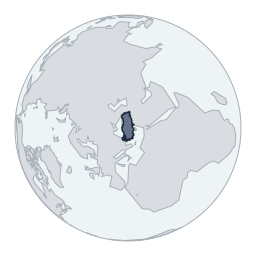 the Earth from above Turkey, rotated 266°
{"feature_id": "TUR", "entity_name": "Turkey", "entity_type": "country or territory", "adm_level": 0, "iso_a3": "TUR", "parent_name": "Asia", "parent_adm1": "", "projection": "orthographic", "projection_center": [34.29, 38.962], "detail": "fine", "context": "on_globe", "style": "filled", "palette": "slate", "viewbox_px": 256, "rotation_deg": 266, "n_neighbors": 0, "source": "natural_earth", "source_scale": "50m", "svg_char_len": 14436}
<svg xmlns="http://www.w3.org/2000/svg" viewBox="0 0 256 256"><g transform="rotate(266 128 128)"><circle cx="128" cy="128" r="113" fill="#eef3f6" stroke="#a8b0b8"/><path d="M99.1,19.1L99.3,19.1L103.4,18.1L105.7,17.6L116.0,17.0L129.3,17.0L134.0,16.7L132.6,17.3L141.9,16.8L149.4,17.8L140.6,16.9L139.4,17.1L144.4,17.8L144.3,18.2L146.6,18.9L146.1,19.4L140.9,19.2L140.5,19.6L144.0,20.1L145.7,21.2L140.5,20.3L142.9,22.2L134.8,22.8L121.5,21.1L116.6,22.9L102.0,25.3L103.0,26.0L98.1,27.7L97.4,29.2L94.9,29.5L96.5,30.4L98.9,29.9L100.5,30.2L100.3,31.1L97.0,31.6L96.7,31.2L95.6,31.8L94.1,31.7L94.7,32.2L90.8,32.9L94.4,33.6L91.0,35.3L88.5,35.4L89.2,33.5L85.1,30.0L82.8,30.0L78.9,31.5L70.4,38.0L67.7,39.0L63.6,41.5L64.9,41.7L68.5,39.8L69.9,41.0L74.2,38.9L75.4,39.2L79.6,37.9L78.5,40.2L75.1,43.1L71.5,44.4L69.9,45.8L72.9,46.5L65.9,50.9L60.6,57.8L58.9,58.9L56.2,57.3L57.2,52.3L53.7,51.3L55.4,54.2L51.0,57.3L50.1,58.9L50.0,60.1L51.5,59.9L49.8,61.6L47.5,59.1L48.9,57.5L49.7,58.2L50.1,56.0L48.5,54.8L46.4,56.8L46.2,53.8L44.7,55.2L43.8,55.5L46.3,53.3L41.9,57.4L41.4,56.2L37.6,60.9L42.8,54.3L48.6,48.1L54.7,42.4L61.3,37.2L68.3,32.5L75.6,28.3L83.2,24.7L91.0,21.6L99.1,19.1ZM18.6,101.2L18.0,104.2L17.8,104.8L16.0,117.1L16.0,127.0L16.0,132.4L15.8,133.8L16.2,137.1L16.3,138.7L19.7,151.6L23.0,161.0L23.8,166.3L23.1,168.0L25.1,173.9L22.1,166.3L19.5,158.4L17.6,150.4L16.3,142.2L15.5,134.0L15.4,125.7L15.9,117.5L16.9,109.3L18.6,101.2ZM34.7,65.0L35.6,63.5L34.9,64.6L34.7,65.0ZM103.8,18.0L106.8,17.4L103.4,18.1L100.7,18.7L103.8,18.0ZM113.7,16.5L112.1,16.7L110.7,16.8L112.0,16.6L113.7,16.5ZM137.4,16.5L134.8,16.3L137.4,16.4L137.4,16.5ZM147.1,18.9L147.9,18.9L148.7,19.3L147.1,18.9ZM80.0,36.8L79.8,37.3L79.1,37.3L80.0,36.8ZM82.0,35.8L81.3,35.4L82.1,34.8L82.5,35.1L82.0,35.8ZM148.7,20.5L149.8,21.3L147.8,20.5L148.7,20.5ZM82.6,36.5L83.7,34.0L85.2,33.1L88.0,33.5L82.6,36.5ZM149.9,21.7L152.8,23.9L154.8,23.9L150.8,25.2L149.7,22.8L146.8,21.7L149.1,22.1L149.9,21.7ZM99.8,29.4L97.2,30.0L99.5,28.7L99.8,29.4ZM100.9,28.5L105.9,24.6L109.7,24.4L107.2,25.6L112.2,24.8L111.6,26.6L108.7,27.4L106.4,27.2L107.9,28.1L100.9,28.5ZM148.1,25.8L148.0,26.4L147.1,25.7L148.1,25.8ZM101.3,30.2L101.9,29.4L105.2,29.1L104.5,30.7L103.6,30.3L101.3,30.2ZM113.8,23.8L116.1,24.0L116.3,25.5L117.2,25.8L111.9,26.6L113.8,23.8ZM102.8,30.8L104.0,31.6L102.3,32.6L100.8,31.1L102.8,30.8ZM106.4,28.3L107.9,28.3L106.8,28.9L106.4,28.3ZM96.9,37.0L97.6,35.8L99.4,35.5L96.9,37.0ZM104.6,31.9L105.1,31.5L105.9,31.3L106.3,32.1L104.6,31.9ZM112.3,27.7L111.9,28.3L114.5,27.4L114.7,28.5L111.1,29.0L112.8,29.3L112.8,29.7L109.8,29.6L112.3,27.7ZM109.1,32.3L104.7,33.5L102.9,35.6L101.3,35.9L104.4,32.4L109.1,32.3ZM109.8,30.7L109.0,31.7L107.4,31.4L106.9,30.6L109.8,30.7ZM116.1,29.3L116.7,27.3L117.5,27.3L116.1,29.3ZM108.9,32.9L110.0,32.6L109.0,33.1L108.9,32.9ZM114.3,30.4L114.4,29.7L115.3,29.7L114.3,30.4ZM112.1,32.8L110.6,33.1L110.3,32.5L112.1,32.8ZM113.3,31.7L114.5,31.9L111.0,32.1L113.3,31.4L113.3,31.7ZM115.1,30.5L115.6,30.3L114.9,30.8L115.1,30.5ZM114.3,35.0L110.0,35.4L109.2,33.9L113.5,33.8L114.3,35.0ZM47.6,166.4L42.3,148.0L45.5,143.7L46.5,136.5L69.0,120.7L73.3,124.1L90.5,126.0L92.5,127.5L90.0,133.1L102.5,142.9L107.1,138.5L118.9,143.6L127.1,143.7L131.0,132.5L117.5,132.1L115.7,126.5L126.9,122.0L138.7,122.5L138.3,120.4L131.3,115.6L134.4,111.6L128.9,113.7L130.8,115.9L127.4,117.4L125.5,115.5L126.6,114.0L123.2,113.0L118.4,120.5L119.9,123.6L110.6,124.3L112.1,129.7L109.5,131.8L105.9,123.7L106.6,120.8L99.6,111.4L98.1,114.3L104.5,123.6L102.3,122.6L100.3,127.1L100.1,122.9L93.5,112.5L85.4,112.4L74.3,121.4L69.8,120.7L66.3,116.8L71.1,105.7L80.8,108.5L82.6,105.0L81.3,98.6L84.4,100.2L85.0,98.0L88.7,98.9L94.6,95.0L98.5,95.4L101.4,89.1L103.8,88.6L101.4,92.3L101.8,95.3L111.4,96.6L113.5,95.5L114.7,91.4L117.2,92.5L117.0,88.4L122.9,87.4L115.6,85.4L116.8,81.0L120.7,78.0L119.7,76.3L113.4,81.2L112.1,83.6L113.0,86.1L108.2,92.8L104.7,93.4L104.8,85.4L99.9,85.7L102.1,79.7L117.9,69.4L124.1,67.8L133.1,74.1L131.3,76.7L127.1,75.7L130.4,80.6L130.4,78.3L132.5,79.3L134.1,75.7L135.7,76.3L134.6,72.0L136.6,72.3L137.3,75.0L141.5,70.4L146.0,70.3L146.2,69.0L145.2,67.7L151.6,68.6L151.5,67.6L149.3,66.9L147.6,64.6L147.2,61.0L149.4,61.5L149.9,62.9L154.3,66.7L155.2,70.5L156.1,70.4L155.8,67.2L150.5,62.5L149.5,60.2L152.4,62.1L151.3,61.2L151.5,60.3L153.9,59.9L150.9,57.8L150.6,47.6L155.1,46.1L157.7,48.7L159.8,43.1L164.8,42.5L162.8,41.7L162.4,38.9L160.9,39.0L159.9,38.5L158.4,32.0L159.7,31.1L156.8,28.1L155.8,27.8L154.6,28.3L150.8,25.2L154.8,23.9L157.0,24.6L158.1,23.5L162.8,25.4L167.2,26.7L171.8,29.8L174.9,30.7L175.0,30.2L179.2,31.4L187.8,36.0L180.6,34.4L167.7,29.2L172.9,31.3L171.6,31.6L173.5,32.9L177.2,34.5L177.6,34.2L183.1,41.7L191.9,48.8L191.5,45.8L193.9,46.0L203.5,52.9L214.5,68.9L217.8,70.4L219.9,72.8L220.9,76.3L218.0,72.9L216.6,73.5L214.8,71.2L215.5,76.1L213.0,73.1L214.8,78.6L217.0,80.0L217.4,76.6L220.0,83.1L223.8,84.5L227.1,89.4L230.7,103.6L230.0,111.4L230.5,113.4L228.7,113.5L228.6,119.5L233.9,125.4L234.5,128.3L233.2,137.9L232.8,135.9L227.9,135.9L228.7,143.6L232.4,145.2L233.8,150.3L231.6,151.3L230.1,147.0L228.3,146.8L227.6,140.5L223.9,133.4L221.7,137.9L220.7,134.2L215.2,129.6L211.4,135.9L206.0,151.3L207.1,161.0L204.4,167.0L196.5,156.6L193.1,147.8L190.1,150.2L182.0,144.6L167.8,148.6L165.9,146.4L163.2,148.4L157.5,146.9L154.6,142.9L151.1,143.9L158.9,154.0L162.7,153.1L165.9,147.9L167.4,151.7L172.9,153.9L166.5,165.2L145.6,177.1L143.7,169.8L128.6,149.3L129.1,146.8L129.1,146.5L128.9,146.0L127.4,150.1L124.8,145.8L132.7,160.8L133.9,167.1L145.3,177.5L144.2,178.8L147.9,180.7L159.9,176.1L159.9,178.5L154.1,190.3L137.6,205.5L139.9,213.5L138.9,220.0L128.9,224.3L130.1,228.4L125.0,229.8L124.8,231.9L120.9,233.8L114.2,235.0L102.4,233.5L101.5,231.9L95.2,227.5L86.4,215.7L89.1,211.1L88.0,206.4L79.5,193.6L81.4,187.7L79.2,184.3L74.6,183.6L72.1,179.4L69.3,178.4L52.5,173.6L47.6,166.4ZM60.8,131.2L60.0,133.2L60.0,133.3L60.8,131.2ZM151.0,128.8L158.1,128.2L155.2,121.4L157.7,120.7L155.8,118.8L155.0,121.0L150.3,115.6L153.5,113.0L152.8,110.0L150.3,110.1L145.2,115.7L151.8,123.3L150.1,126.5L151.0,128.8ZM17.9,104.4L17.6,106.3L17.8,105.1L17.9,104.4ZM23.3,86.9L22.6,89.1L23.0,87.6L23.3,86.9ZM26.6,79.0L23.8,85.4L24.4,83.7L26.6,79.0ZM34.1,65.8L34.3,65.5L35.0,64.5L34.1,65.8ZM51.2,57.4L51.3,57.7L50.9,59.2L50.3,58.9L51.2,57.4ZM53.4,64.0L50.8,66.5L52.3,64.4L51.0,64.3L52.6,59.9L58.1,59.2L55.3,60.2L53.4,64.0ZM56.3,54.2L54.7,56.9L56.3,54.0L56.3,54.2ZM85.0,86.3L86.1,88.1L84.3,90.3L79.4,90.5L81.9,87.3L85.0,86.3ZM87.9,90.3L89.4,82.7L92.5,82.5L90.5,83.9L92.4,84.5L89.7,86.9L91.2,94.4L89.8,96.9L81.6,95.5L85.0,94.5L83.8,92.6L87.9,90.3ZM87.6,66.1L88.3,63.5L94.1,66.3L92.8,68.5L87.9,68.7L86.5,66.2L87.6,66.1ZM87.3,38.0L87.2,37.3L88.1,37.1L88.9,37.6L87.3,38.0ZM97.1,36.4L88.7,41.2L88.2,40.6L84.0,44.5L80.9,44.3L83.7,41.7L78.2,44.8L79.5,42.4L75.9,44.7L82.5,38.9L83.4,37.1L83.6,39.1L86.4,39.2L87.9,38.8L92.9,36.1L96.3,32.6L99.7,32.4L101.1,33.2L100.8,34.0L98.7,33.8L99.8,35.0L96.6,35.4L97.1,36.4ZM116.3,46.2L114.0,45.1L115.6,48.8L112.4,48.7L112.8,49.2L110.2,50.2L107.8,52.3L106.4,52.0L106.1,53.0L104.4,53.8L103.4,55.0L100.6,54.9L99.2,56.5L98.7,55.6L97.1,58.5L97.0,56.3L94.8,57.3L96.0,58.9L83.0,56.4L77.6,57.4L73.1,59.6L73.6,56.0L78.1,51.8L84.4,48.1L89.5,47.8L88.8,46.3L91.0,45.8L90.6,47.2L92.5,44.8L94.3,44.8L99.9,42.3L101.5,39.2L103.6,38.4L103.8,39.6L105.8,37.9L107.6,39.6L109.1,39.1L112.4,40.5L112.0,43.3L113.7,42.6L116.3,43.7L116.3,46.2ZM115.1,35.4L115.3,38.6L113.6,40.2L108.5,37.2L106.9,37.4L103.6,35.8L106.1,33.6L106.8,34.3L108.1,34.4L106.8,35.0L108.8,34.6L109.9,35.5L111.7,35.5L111.2,36.5L115.1,35.4ZM95.2,125.7L96.9,126.3L99.5,126.5L98.3,129.4L95.2,125.7ZM90.5,118.6L92.1,118.6L91.6,122.6L89.9,122.1L90.5,118.6ZM93.3,115.2L92.2,118.2L91.8,116.3L93.3,115.2ZM102.9,92.1L104.6,91.9L104.6,92.9L103.5,94.2L102.9,92.1ZM120.4,58.2L119.4,57.0L120.0,56.6L119.8,53.5L122.2,53.4L123.2,55.3L120.4,58.2ZM128.5,134.5L125.9,136.6L124.7,135.5L125.8,135.0L128.5,134.5ZM111.2,133.4L115.0,135.2L110.8,134.2L111.2,133.4ZM123.0,57.6L122.7,56.3L124.1,57.1L123.0,57.6ZM124.0,53.2L125.7,53.9L122.5,53.1L124.0,53.2ZM158.3,216.6L150.6,227.6L145.3,228.3L144.3,225.7L147.1,219.4L153.3,216.7L156.3,213.2L158.3,216.6ZM238.3,150.7L238.3,150.9L238.5,149.7L238.6,149.4L238.3,150.7ZM238.2,151.2L235.3,159.2L233.8,161.3L234.4,159.0L236.8,154.3L238.2,151.2ZM234.3,159.3L231.6,159.8L226.1,153.8L228.1,151.8L233.5,152.6L233.3,154.3L234.9,154.7L234.3,159.3ZM239.6,139.8L239.2,144.1L237.9,148.3L237.1,149.7L236.6,146.1L236.9,142.8L237.6,141.2L238.9,126.2L239.7,126.0L239.6,131.6L240.1,133.2L239.6,139.8ZM207.6,161.7L210.3,165.8L208.7,167.8L207.6,161.7ZM238.4,117.5L238.6,123.9L238.0,116.5L238.4,117.5ZM237.4,111.4L237.9,113.1L237.3,112.4L237.4,111.4ZM231.6,116.1L230.9,118.3L230.3,117.0L230.9,113.5L231.6,116.1ZM229.7,93.7L231.7,97.6L232.3,99.3L231.0,97.7L229.7,93.7ZM142.9,56.9L140.5,61.2L140.3,64.5L142.7,66.8L138.3,65.6L138.6,60.4L142.9,56.9ZM149.4,48.6L147.3,46.9L148.9,46.6L149.6,47.0L149.4,48.6ZM147.6,48.3L143.8,48.1L143.1,46.6L146.2,46.9L147.6,48.3ZM133.4,52.5L132.5,53.7L131.4,53.0L133.4,52.5ZM240.3,136.9L240.3,136.1L240.1,139.4L239.8,141.8L239.7,142.3L240.0,139.1L240.3,133.3L240.4,130.2L240.6,124.7L240.3,132.7L240.4,134.3L240.6,130.1L240.4,134.3L240.4,135.0L240.3,136.9ZM240.1,118.1L239.6,116.9L239.7,119.9L239.0,111.8L239.7,114.3L240.1,118.1ZM238.8,112.7L239.0,115.5L238.5,111.2L238.8,112.7ZM238.7,114.9L238.1,112.9L238.3,111.8L238.7,114.9ZM238.9,112.0L237.9,107.9L238.5,109.4L238.9,112.0ZM236.6,108.5L238.0,109.2L237.1,111.4L234.6,104.4L234.8,102.6L236.6,108.5ZM221.7,71.6L220.3,70.1L219.7,68.3L220.8,69.8L221.7,71.6ZM216.6,61.7L219.1,67.4L220.9,72.3L221.5,72.2L223.9,76.1L221.8,74.6L218.8,68.9L217.9,65.7L215.5,62.8L213.4,59.3L210.4,56.6L208.8,54.5L211.2,56.1L216.6,61.7ZM209.1,55.6L203.2,50.4L203.1,48.6L204.4,49.3L207.2,52.4L207.1,53.1L209.1,55.6ZM201.7,48.7L201.5,49.5L192.2,45.1L190.3,43.8L197.3,45.7L197.5,46.6L199.8,48.2L201.7,48.7ZM149.2,26.5L148.1,26.4L148.8,26.1L149.2,26.5ZM159.1,38.6L157.8,37.9L158.7,37.4L159.1,38.6ZM154.9,35.5L154.8,36.6L154.0,35.2L154.9,35.5ZM154.6,39.1L154.3,36.9L156.0,39.3L154.6,39.1Z" fill="#d9dde1" stroke="#a8b0b8" stroke-width="1"/><path d="M138.6,122.6L138.9,122.6L139.0,122.7L139.6,122.5L140.0,122.6L140.1,122.3L140.3,122.3L140.5,122.3L140.6,122.5L140.9,122.7L141.0,122.8L141.1,123.0L141.4,123.0L141.5,123.0L141.6,123.3L141.8,123.4L141.9,123.7L142.0,123.8L142.0,124.0L141.9,124.1L141.8,124.3L141.9,124.5L142.0,124.8L142.0,125.0L142.5,125.1L142.8,125.1L143.0,125.1L143.4,125.3L143.7,125.6L143.8,125.7L143.5,125.5L143.4,125.6L143.3,125.8L143.3,126.2L143.2,126.3L142.9,126.3L142.7,126.4L142.8,126.5L142.9,126.8L143.0,126.8L143.0,127.0L143.1,127.4L143.2,127.7L143.3,127.8L143.3,128.0L143.3,128.3L143.6,128.3L143.5,128.5L143.5,128.8L143.4,129.0L143.3,129.3L143.5,129.3L143.9,129.5L143.9,129.8L144.0,130.1L144.3,130.3L144.3,130.5L144.1,130.6L143.8,130.9L143.6,131.0L143.5,130.9L143.5,130.6L143.4,130.5L143.3,130.4L143.1,130.4L143.0,130.5L142.9,130.6L142.6,130.7L142.4,130.6L142.0,130.5L141.7,130.5L141.4,130.6L141.2,130.5L141.0,130.8L140.8,131.0L140.6,131.1L140.5,130.9L140.4,130.8L140.3,130.7L140.3,130.8L140.1,130.9L139.9,131.1L139.3,131.2L138.9,131.3L138.4,131.3L138.2,131.3L137.7,131.5L137.0,131.9L136.5,132.1L136.0,132.3L135.6,132.3L135.3,132.3L135.0,132.3L134.9,132.2L134.7,132.1L134.3,131.9L134.1,131.9L133.7,132.1L133.4,132.3L133.0,132.5L132.6,132.5L132.4,132.5L132.2,132.4L131.9,132.2L131.7,132.2L131.6,132.4L131.6,132.9L131.7,133.3L131.4,133.4L131.3,133.8L131.1,133.8L131.0,134.1L130.9,134.1L130.7,134.0L130.7,133.8L130.4,133.2L130.5,133.0L130.8,132.8L131.0,132.5L131.0,132.2L130.9,132.1L130.5,132.1L130.4,132.3L130.2,132.4L130.1,132.5L129.7,132.7L129.4,132.6L129.0,132.4L128.8,132.2L128.7,132.2L128.5,132.3L128.0,132.6L127.6,133.2L127.1,133.5L126.8,133.5L126.7,133.5L126.1,133.6L125.8,133.6L125.6,133.7L125.2,133.6L125.0,133.4L124.8,133.3L124.6,132.9L124.4,132.7L124.0,132.6L123.4,132.2L123.2,132.1L122.7,132.1L122.3,132.0L122.2,132.1L122.1,132.7L122.0,132.8L122.0,133.1L121.9,133.2L121.7,133.1L121.3,133.2L120.9,133.3L120.7,133.3L120.2,133.1L119.9,132.8L119.8,132.6L119.8,132.4L119.7,132.2L119.4,132.2L119.2,132.2L118.9,132.0L118.6,131.9L118.4,132.2L118.1,132.2L117.8,132.0L117.6,132.1L117.4,132.1L117.4,131.9L117.5,131.9L118.0,131.9L118.3,131.7L118.5,131.5L117.6,131.5L117.1,131.4L117.1,131.5L117.0,131.3L117.1,131.2L117.4,131.1L117.3,130.8L117.2,130.8L117.0,130.7L116.9,130.2L117.0,130.0L117.1,129.7L116.7,129.3L116.5,129.1L116.3,129.0L116.2,129.0L115.9,128.9L115.7,128.8L115.8,128.6L115.9,128.3L115.9,128.1L116.0,128.1L116.2,128.3L116.2,128.6L116.3,128.7L116.6,128.7L117.0,128.6L116.8,128.6L116.7,128.5L116.6,128.3L116.5,128.2L116.7,127.9L116.9,127.7L116.7,127.6L116.6,127.4L116.7,127.2L116.5,126.9L116.7,126.6L116.8,126.5L116.8,126.4L116.7,126.4L116.2,126.4L116.0,126.5L115.6,126.5L115.6,126.3L115.7,126.1L115.8,125.7L115.8,125.4L116.0,125.4L116.3,125.1L116.7,124.7L117.1,124.7L117.3,124.6L117.5,124.7L117.6,124.8L117.8,124.9L118.2,125.0L118.4,124.9L118.2,124.7L118.3,124.6L118.6,124.7L118.6,124.8L119.0,124.9L119.5,125.0L119.7,124.9L120.1,125.0L120.2,124.9L119.9,124.8L119.8,124.7L120.1,124.5L120.9,124.4L121.4,124.3L120.7,124.2L120.3,123.9L120.2,123.8L120.3,123.4L120.7,123.3L121.5,123.5L122.2,123.5L122.8,123.7L123.5,123.7L123.8,123.3L124.8,122.8L125.1,122.5L125.4,122.4L126.0,122.2L126.5,122.0L127.9,122.1L128.7,122.1L129.0,121.9L129.3,122.0L129.2,122.0L129.3,122.4L129.5,122.6L129.9,122.7L130.4,122.6L130.6,122.6L130.8,123.1L130.9,123.3L131.1,123.4L131.3,123.4L131.5,123.3L131.7,123.2L132.0,123.4L132.1,123.6L132.6,123.7L133.1,123.7L133.4,123.9L134.1,124.0L134.3,124.0L134.8,123.8L135.6,123.6L136.2,123.8L136.3,123.8L136.5,123.8L136.9,123.8L137.5,123.5L137.6,123.3L137.8,123.2L138.0,123.1L138.5,122.8L138.6,122.6ZM118.8,121.8L118.8,122.0L119.1,122.6L119.3,122.8L120.1,123.3L120.3,123.3L120.2,123.5L119.8,123.8L119.1,123.6L118.8,123.6L118.6,123.7L118.3,123.6L117.9,123.7L117.8,123.9L117.5,124.2L117.1,124.4L116.8,124.5L116.3,124.9L116.1,125.2L115.9,125.3L115.9,125.1L116.0,125.0L116.0,124.9L116.2,124.7L116.3,124.6L116.7,124.4L116.8,124.3L116.5,124.2L116.2,124.3L116.0,124.2L115.8,124.2L115.7,124.0L115.9,123.9L116.0,123.8L116.2,123.6L116.3,123.5L116.3,123.4L116.2,123.4L116.3,123.0L116.6,122.8L116.7,122.7L116.7,122.3L116.5,122.1L116.3,122.1L116.4,121.9L116.6,121.9L116.8,121.7L117.1,121.6L117.3,121.5L117.7,121.5L117.8,121.5L118.1,121.8L118.3,121.8L118.5,121.8L118.6,121.7L118.8,121.8ZM115.5,125.1L115.2,125.2L115.4,124.9L115.5,124.9L115.6,125.0L115.5,125.1Z" fill="#64748b" stroke="#1e293b" stroke-width="1.5"/></g></svg>